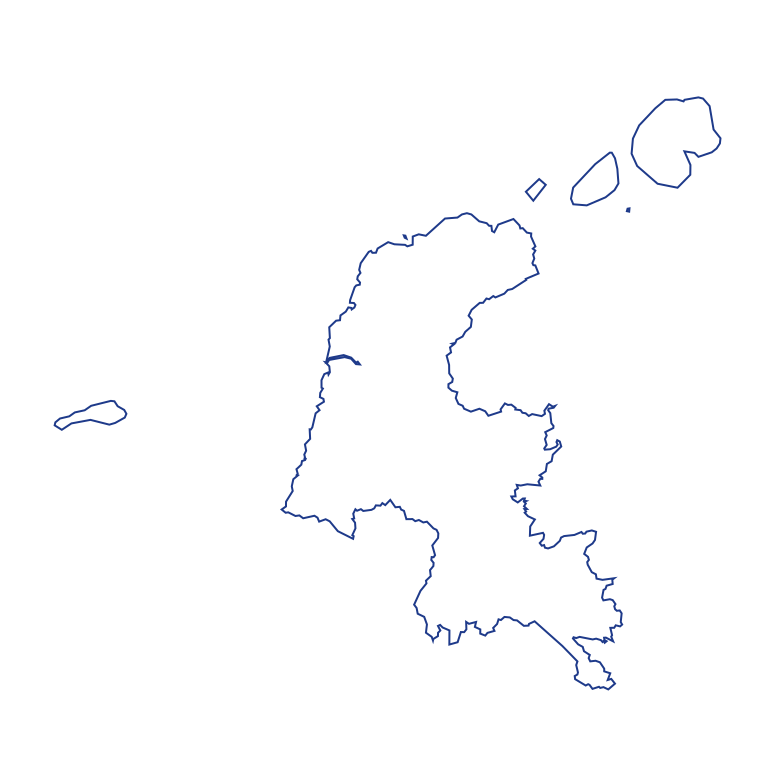 Nadroga-Navosa, Western, Fiji, rotated 92°
{"feature_id": "14151628B53702400461405", "entity_name": "Nadroga-Navosa", "entity_type": "district", "adm_level": 2, "iso_a3": "FJI", "parent_name": "Fiji", "parent_adm1": "Western", "projection": "robinson", "projection_center": [177.707, -18.082], "detail": "fine", "context": "isolated", "style": "outline", "palette": "blue", "viewbox_px": 768, "rotation_deg": 92, "n_neighbors": 0, "source": "geoboundaries", "source_scale": "gbopen_adm2", "svg_char_len": 6146}
<svg xmlns="http://www.w3.org/2000/svg" viewBox="0 0 768 768"><g transform="rotate(92 384 384)"><path d="M268.2,233.4L260.2,236.9L260.0,238.9L258.0,239.9L253.4,238.2L249.3,239.5L245.4,237.4L243.6,240.0L241.2,237.5L231.5,242.2L228.4,242.1L227.7,246.5L223.4,250.8L223.8,253.2L220.8,254.1L214.6,260.4L220.7,275.4L228.5,279.1L227.3,281.4L222.2,282.2L222.2,284.5L219.7,287.0L218.1,294.5L211.5,302.6L210.4,307.1L211.8,312.0L215.1,316.4L216.5,328.8L234.4,347.3L233.2,354.5L235.6,360.4L243.8,360.2L245.6,365.5L244.2,367.8L244.0,378.5L242.1,384.8L248.8,395.1L253.1,396.6L253.3,400.2L251.4,401.6L252.5,403.9L264.1,411.5L270.8,412.8L273.8,411.4L277.3,414.0L280.3,414.4L283.4,411.5L285.6,411.7L286.4,415.1L288.3,416.7L301.4,420.8L304.0,420.9L304.1,416.9L306.0,415.3L308.6,416.3L310.6,418.9L309.1,419.3L308.7,422.3L313.0,424.7L317.0,429.9L321.8,430.2L322.4,434.1L329.2,440.7L340.0,439.7L341.6,441.0L348.4,439.5L363.3,442.4L359.8,439.2L356.5,425.3L358.8,417.7L363.6,412.7L362.6,411.0L365.3,408.8L365.1,412.7L359.9,417.7L358.5,424.3L361.9,439.7L364.6,441.3L364.3,443.3L368.2,439.3L374.1,438.5L376.5,439.8L374.5,440.3L376.2,444.0L382.4,446.6L389.9,446.3L390.7,444.9L395.1,447.4L399.4,447.6L401.0,444.0L403.8,443.4L408.6,450.4L412.4,447.5L415.7,451.3L429.8,454.1L432.0,455.5L431.9,456.7L441.4,455.9L447.1,460.9L453.4,459.5L457.3,461.2L461.2,460.1L461.4,461.8L461.3,460.1L460.7,459.3L462.7,460.2L463.9,463.3L467.5,463.8L472.2,468.5L476.7,467.1L477.9,468.0L478.3,466.8L482.3,471.3L489.5,472.6L494.1,471.5L505.0,477.8L509.8,477.7L513.0,481.9L516.1,477.8L515.6,475.2L519.0,467.9L518.3,464.0L521.0,460.1L518.1,448.9L519.9,445.8L523.8,444.0L521.2,437.6L523.1,433.5L532.7,425.0L539.8,409.5L537.1,409.0L536.2,410.4L529.3,407.5L523.6,408.1L520.0,411.0L519.4,409.1L514.7,410.2L510.2,408.2L511.6,406.5L509.9,402.7L511.6,400.3L510.2,392.1L508.6,389.4L505.6,387.9L505.7,383.3L503.1,381.5L505.0,378.5L499.6,373.7L506.8,368.3L506.2,363.9L508.9,362.5L510.1,359.6L518.3,356.9L518.0,350.8L520.0,348.0L518.7,344.4L521.0,339.9L520.1,336.3L526.6,329.5L527.9,326.4L531.4,324.5L536.0,324.6L543.7,330.1L553.3,327.0L555.4,328.4L555.3,330.3L558.2,330.6L561.0,328.2L564.2,328.3L568.4,331.5L574.4,330.6L579.1,335.2L581.8,334.6L589.4,340.3L603.5,346.2L606.7,343.6L612.4,342.3L615.3,335.7L622.8,332.7L631.1,333.4L635.0,327.5L638.7,326.1L637.1,325.8L634.1,321.3L630.7,321.3L628.4,319.1L623.9,321.6L622.8,319.5L625.3,316.9L628.0,310.0L642.1,309.6L639.5,301.4L629.2,298.5L629.2,295.2L626.3,293.1L618.9,293.6L620.7,290.7L618.6,283.7L623.6,284.7L625.9,279.2L630.1,279.1L631.9,274.0L629.1,271.9L626.9,265.0L624.0,266.4L619.9,262.6L615.2,261.3L615.8,258.9L612.6,255.5L612.9,250.1L615.4,246.3L615.6,242.8L620.8,235.8L620.4,231.1L618.7,230.7L615.9,225.2L639.6,196.6L654.5,181.0L658.2,182.1L665.5,180.1L667.6,180.6L669.2,183.2L672.3,182.7L678.3,171.9L676.9,169.5L677.5,168.1L681.4,165.0L679.1,158.6L680.2,157.3L679.3,154.1L681.4,149.2L675.4,142.7L670.8,146.6L672.0,150.1L665.2,147.8L663.5,153.9L660.8,154.0L654.6,158.5L653.2,162.9L654.0,168.2L650.8,169.9L647.6,168.9L644.1,174.8L639.8,176.2L637.4,180.9L631.7,186.3L630.5,185.7L631.2,183.0L629.9,179.7L632.0,166.5L631.1,163.1L632.4,158.3L634.2,156.6L633.0,155.5L634.9,154.4L633.3,152.6L632.2,154.7L629.9,155.2L629.7,153.4L633.2,146.0L628.6,148.1L627.1,147.3L619.8,149.3L619.6,145.4L617.1,144.0L618.0,139.6L616.1,137.6L613.7,139.1L604.9,138.5L602.1,140.5L602.5,143.4L601.0,145.2L598.1,146.1L595.9,145.0L592.0,147.9L591.2,150.7L592.6,157.2L589.9,158.6L582.1,157.4L581.1,155.5L577.8,154.5L575.9,148.5L571.6,149.0L570.1,147.2L572.1,158.8L571.1,164.8L566.8,165.6L564.8,169.8L557.5,174.1L554.9,174.7L552.6,173.1L549.6,174.1L546.8,178.0L540.3,175.7L536.1,170.0L532.5,167.7L524.3,166.9L523.1,171.2L524.5,176.5L526.4,177.7L526.7,180.1L525.0,181.5L528.2,188.4L529.7,198.7L531.3,201.7L534.6,202.8L540.3,208.5L542.6,214.3L542.0,217.4L539.4,218.4L540.1,220.7L537.5,222.8L533.2,219.2L529.2,218.7L527.2,219.9L530.5,232.9L521.3,232.9L514.1,228.5L511.1,235.5L507.7,238.9L506.5,237.5L504.1,239.3L503.9,236.8L501.3,239.8L498.5,238.1L497.0,239.7L496.0,237.8L495.7,240.0L493.5,239.3L493.6,241.2L497.7,246.2L494.7,251.3L492.0,252.8L491.7,248.6L485.8,249.5L483.6,246.5L480.2,247.8L480.7,243.8L479.2,237.3L480.0,224.3L476.2,226.2L473.3,224.5L473.3,222.5L472.0,222.5L469.8,225.3L465.6,219.3L458.2,218.4L455.3,213.8L448.7,212.8L440.3,204.7L435.4,206.3L434.1,208.9L436.0,209.6L438.4,208.3L440.6,209.7L443.4,215.7L444.0,221.0L442.8,221.6L439.2,219.3L433.4,221.2L429.8,219.6L426.5,221.2L422.1,213.3L420.1,213.1L417.3,215.4L407.3,216.8L404.5,219.0L402.9,218.6L401.8,213.6L399.9,212.2L400.8,214.4L398.4,218.4L405.1,222.8L408.2,222.1L410.6,225.3L408.9,234.9L410.9,238.2L408.3,241.4L407.9,244.7L405.4,246.6L404.9,251.9L403.3,251.6L400.2,256.0L400.6,259.4L399.2,262.5L405.3,266.6L407.5,266.0L412.1,278.6L407.7,281.9L405.4,287.8L408.6,296.2L405.9,303.1L403.0,304.6L401.3,308.9L395.5,311.8L389.7,310.4L388.3,315.9L385.4,319.5L381.9,319.6L379.6,315.9L376.2,315.4L371.1,319.2L362.7,319.6L353.5,322.4L350.1,318.1L345.1,319.3L342.0,315.6L341.3,317.3L340.4,314.1L337.2,313.0L333.8,307.1L329.0,304.6L323.9,299.2L316.5,298.5L312.8,301.8L306.8,299.0L299.6,291.2L299.4,287.8L295.0,284.6L295.6,281.9L292.3,277.9L293.6,275.7L289.5,266.9L285.7,263.6L284.6,259.2L275.0,245.5L274.0,246.0L268.2,233.4ZM141.0,64.5L137.0,59.8L131.9,56.7L126.7,56.3L118.2,63.5L94.9,68.3L87.6,75.1L86.6,79.8L89.5,93.6L91.1,94.5L89.4,101.1L90.2,112.8L99.0,122.5L116.6,138.0L130.1,143.8L145.2,144.6L157.3,138.6L174.3,117.6L177.6,97.5L164.2,85.2L154.4,85.4L141.0,91.9L142.2,81.7L146.0,77.7L141.0,64.5ZM197.8,201.1L198.4,187.6L189.7,169.1L182.2,160.4L175.4,156.7L160.8,158.3L150.4,161.0L144.9,164.4L144.9,166.4L156.9,180.6L181.1,201.8L192.3,203.6L197.8,201.1ZM436.8,711.7L441.0,704.4L434.3,695.0L430.1,676.1L434.2,657.1L432.3,651.3L426.6,641.9L422.8,640.4L419.0,642.7L415.5,649.4L410.7,652.8L410.4,656.4L416.0,675.9L420.7,682.2L423.2,692.0L427.3,697.4L429.8,706.6L433.8,711.1L436.8,711.7ZM195.6,241.2L179.3,229.3L173.8,236.1L186.9,248.9L195.6,241.2ZM202.8,147.3L203.2,145.0L199.9,144.8L200.3,146.7L202.8,147.3ZM234.8,369.4L237.1,368.4L237.9,366.6L235.0,367.8L234.8,369.4Z" fill="none" stroke="#1e3a8a" stroke-width="2"/></g></svg>